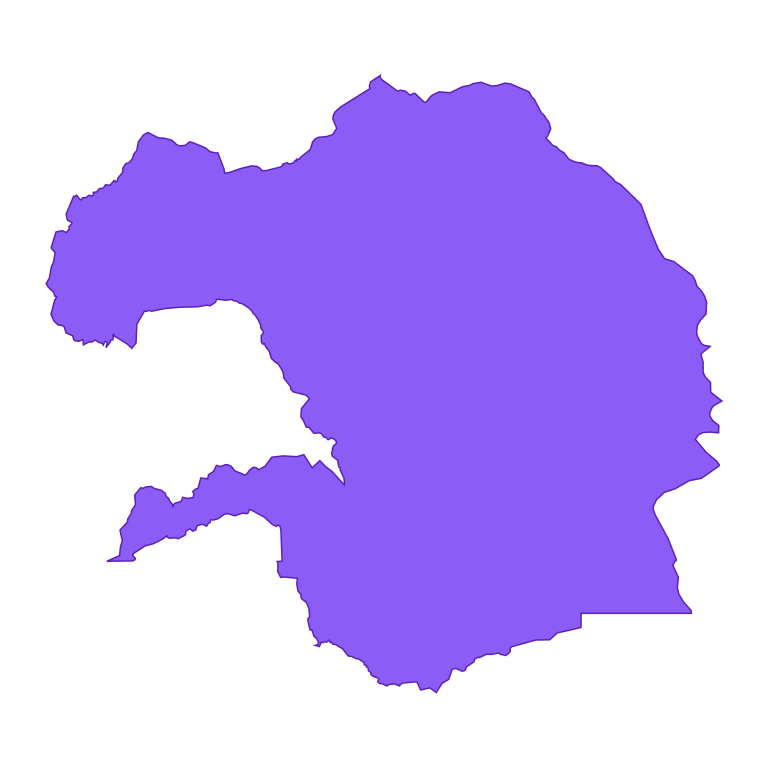 Latacunga, Cotopaxi, Ecuador
{"feature_id": "8360857B97397633199247", "entity_name": "Latacunga", "entity_type": "district", "adm_level": 2, "iso_a3": "ECU", "parent_name": "Ecuador", "parent_adm1": "Cotopaxi", "projection": "mercator", "projection_center": [-78.651, -0.805], "detail": "fine", "context": "isolated", "style": "filled", "palette": "violet", "viewbox_px": 768, "rotation_deg": 0, "n_neighbors": 0, "source": "geoboundaries", "source_scale": "gbopen_adm2", "svg_char_len": 6054}
<svg xmlns="http://www.w3.org/2000/svg" viewBox="0 0 768 768"><path d="M664.6,258.7L658.4,249.5L650.3,230.1L640.9,204.3L620.7,184.6L614.7,181.4L613.8,179.5L600.7,167.6L597.1,165.8L587.6,165.3L582.2,163.0L575.7,162.2L568.8,159.2L564.0,152.8L559.8,150.4L556.1,146.7L552.8,145.4L546.0,138.0L547.8,135.7L550.7,128.9L549.1,122.7L543.5,114.6L541.5,113.1L534.1,99.0L532.1,97.4L528.9,91.8L510.9,84.0L505.1,83.1L496.9,85.6L491.8,86.1L481.0,82.3L472.6,83.7L470.1,85.3L462.6,86.7L450.3,92.7L438.9,91.9L431.5,95.7L426.1,102.0L424.4,102.4L415.2,93.6L413.8,93.3L410.1,95.2L405.5,91.2L400.4,90.2L398.1,91.1L397.0,90.7L381.6,79.5L379.9,76.5L380.2,75.5L370.8,81.7L369.4,85.8L369.8,88.7L340.4,107.1L334.9,112.1L333.1,116.1L332.9,119.1L336.7,128.3L332.7,134.6L326.5,136.6L318.7,137.3L315.4,138.8L312.6,141.9L310.2,149.6L300.4,157.4L299.2,159.3L296.8,159.1L296.7,160.8L295.6,160.2L293.2,163.0L288.9,164.0L287.3,162.7L282.6,164.2L282.8,165.4L280.8,166.9L265.9,170.7L261.7,170.5L260.1,168.3L257.0,166.4L251.3,165.9L240.5,168.6L229.4,172.5L224.7,173.1L224.0,169.0L217.8,152.7L216.3,153.1L210.1,151.7L205.2,147.7L191.4,142.1L189.2,142.1L185.4,145.3L179.6,146.0L176.5,144.5L171.8,140.2L163.6,138.1L158.4,137.9L147.9,132.5L143.5,134.9L138.4,141.8L136.7,150.6L133.9,153.8L132.4,158.6L129.1,162.6L125.7,163.7L122.9,168.1L122.5,172.6L118.2,177.7L117.1,181.2L115.6,181.7L114.7,180.5L113.9,180.7L110.1,185.2L105.6,184.8L103.4,188.0L99.3,188.7L96.7,191.9L93.3,192.4L93.5,194.8L91.7,196.4L90.4,195.4L88.6,195.4L86.8,197.3L82.5,197.9L81.3,199.8L79.7,199.3L76.6,195.2L74.4,196.6L73.6,196.3L66.1,214.2L67.4,220.1L71.8,222.4L71.7,223.6L68.9,226.9L69.3,228.7L66.5,232.6L62.3,230.7L56.0,231.9L51.3,247.4L51.3,248.3L55.1,252.5L53.6,261.9L51.4,266.9L49.4,278.0L46.1,283.5L48.5,287.4L53.8,292.6L54.9,296.2L56.8,296.7L54.6,300.4L51.0,314.3L54.0,321.0L58.0,324.9L62.4,325.6L64.1,326.7L66.1,332.9L72.6,335.7L73.8,339.7L74.8,340.7L78.9,341.3L83.0,339.6L83.4,344.8L89.2,341.9L92.0,341.9L95.6,340.0L98.6,342.4L102.1,343.3L103.3,345.1L104.6,341.8L106.7,341.6L107.2,343.3L105.9,347.6L110.4,342.0L110.4,340.0L112.4,340.0L112.9,339.3L113.4,337.0L112.7,335.3L113.5,334.4L114.6,336.1L127.2,344.0L131.9,348.3L136.0,343.0L136.9,324.0L144.4,311.2L147.0,311.3L148.5,310.4L151.8,311.2L164.6,308.6L179.7,307.2L197.5,306.8L207.1,305.1L210.1,305.8L215.6,302.1L216.2,300.2L217.5,299.2L226.1,300.3L231.5,299.4L233.5,300.7L236.5,301.1L239.7,303.3L242.0,303.5L248.3,307.5L252.1,311.3L253.3,313.8L254.6,314.4L258.1,319.5L260.8,325.7L260.6,327.7L263.3,331.6L263.0,333.9L261.2,335.7L261.4,342.1L262.9,344.2L264.4,343.6L265.6,346.6L269.2,351.2L271.3,358.4L276.1,362.8L277.8,363.4L281.5,369.1L283.1,372.3L284.0,378.3L290.5,386.6L290.8,389.2L293.2,391.9L305.7,395.0L309.5,398.6L301.5,408.5L301.3,410.2L301.0,417.2L302.8,419.3L306.3,427.1L309.1,427.4L313.7,433.2L319.6,432.9L321.9,433.9L323.4,436.7L326.6,437.9L327.8,439.5L329.1,439.5L330.7,437.9L333.5,438.8L336.4,441.3L336.2,443.8L333.7,445.5L332.2,449.0L333.0,449.8L331.6,452.4L332.2,456.0L337.6,460.3L338.9,467.1L340.2,467.6L340.1,469.8L344.0,478.2L344.5,483.1L344.3,484.9L331.9,471.4L325.7,466.6L319.8,460.6L312.2,467.8L303.8,454.7L296.7,456.7L283.2,455.9L271.7,457.2L265.1,466.2L258.8,469.7L256.2,467.7L253.1,467.3L249.4,470.3L246.9,473.9L244.8,475.0L235.0,470.9L231.2,466.3L227.6,464.7L225.2,464.7L220.8,466.6L216.4,465.4L213.6,471.3L208.6,474.7L207.6,478.8L200.8,478.0L198.0,488.4L195.8,489.0L192.8,491.5L193.8,494.1L193.1,497.6L187.2,498.4L182.8,497.3L181.2,501.3L174.6,503.4L172.7,506.4L172.4,504.4L169.4,500.6L168.8,498.5L166.2,496.4L165.2,493.2L161.2,490.2L154.3,488.5L151.3,486.4L145.5,487.0L143.0,488.4L140.7,487.7L134.7,495.1L135.5,504.6L131.5,510.8L131.3,513.2L127.8,518.9L127.3,522.3L120.0,530.1L122.3,540.8L120.6,546.1L119.5,555.6L106.8,561.3L132.9,560.9L135.1,559.6L135.3,558.4L132.7,555.4L133.3,553.6L145.1,545.9L153.1,543.8L162.9,538.9L167.1,535.9L167.6,537.4L170.0,538.3L175.3,537.7L178.2,538.7L184.7,535.4L185.7,534.1L185.8,531.4L189.1,529.1L190.8,529.3L192.6,531.2L195.7,530.0L196.9,525.9L202.1,524.2L206.6,526.1L208.5,523.1L210.0,522.6L210.5,519.9L213.4,520.0L218.1,518.7L224.2,514.3L227.9,513.6L234.7,515.8L242.7,513.1L247.0,513.7L248.2,512.9L249.4,509.6L250.3,509.5L264.6,517.3L272.6,524.7L276.5,526.4L278.1,525.0L279.9,526.0L280.9,530.3L282.1,561.1L277.1,561.5L277.9,563.2L277.8,571.7L280.6,577.4L284.5,577.0L297.4,578.3L296.8,584.0L298.0,591.0L301.1,595.0L300.9,597.1L301.7,598.9L306.4,602.4L308.9,608.4L309.7,617.1L308.2,618.1L307.8,620.3L310.0,629.9L312.0,630.1L314.0,636.3L316.8,638.7L318.6,642.8L317.5,644.7L315.2,645.3L319.3,646.6L321.3,642.3L323.1,642.6L324.5,641.5L326.4,642.2L329.2,640.2L330.3,642.7L331.7,642.3L332.9,644.2L335.4,644.5L342.6,648.8L348.2,656.0L352.2,656.6L356.3,658.8L358.0,658.6L364.0,662.5L364.3,664.7L366.7,665.6L366.4,667.0L368.0,667.5L368.4,670.7L370.7,672.5L371.0,674.4L372.9,676.2L378.1,678.1L378.7,679.3L377.7,681.8L379.9,683.6L381.3,683.4L387.0,686.0L388.1,684.8L394.0,683.8L399.6,685.9L400.0,684.6L403.6,682.9L416.9,681.8L420.7,690.0L429.8,687.9L436.3,692.5L441.9,683.5L448.8,679.3L452.2,669.3L455.8,668.3L462.1,671.2L464.0,670.8L465.3,670.0L466.5,666.8L474.0,661.8L474.6,659.2L477.7,657.4L479.5,657.5L486.3,654.3L491.8,654.4L498.7,653.0L500.0,654.2L505.6,655.5L508.7,653.5L510.3,651.1L510.1,648.6L511.3,646.8L535.8,640.0L549.7,639.8L557.3,632.9L581.0,627.5L581.1,613.3L691.3,613.3L691.2,610.7L683.4,601.8L678.9,594.3L677.3,587.6L678.4,577.4L672.8,565.3L674.7,561.7L676.5,560.2L668.3,539.0L655.3,515.1L653.3,509.8L653.1,507.0L656.5,499.6L664.4,492.3L675.2,488.7L689.4,480.6L701.2,478.4L719.0,466.0L719.3,464.7L716.3,460.8L706.3,452.5L695.3,439.3L698.6,434.7L703.4,432.5L709.9,432.1L718.6,432.8L718.8,425.5L712.7,420.7L709.9,416.1L709.7,413.0L712.1,407.5L714.3,405.3L721.9,401.0L710.7,392.2L710.5,382.4L705.1,376.8L703.1,372.2L703.1,362.0L701.0,354.7L701.3,353.6L710.1,346.4L704.1,345.3L701.3,343.5L697.2,335.9L696.6,331.9L697.3,325.5L700.4,320.3L706.0,314.0L706.6,302.3L704.6,296.2L701.3,290.7L697.1,286.5L694.6,279.2L692.3,275.5L673.9,261.6L664.6,258.7Z" fill="#8b5cf6" stroke="#5b21b6" stroke-width="1.5"/></svg>